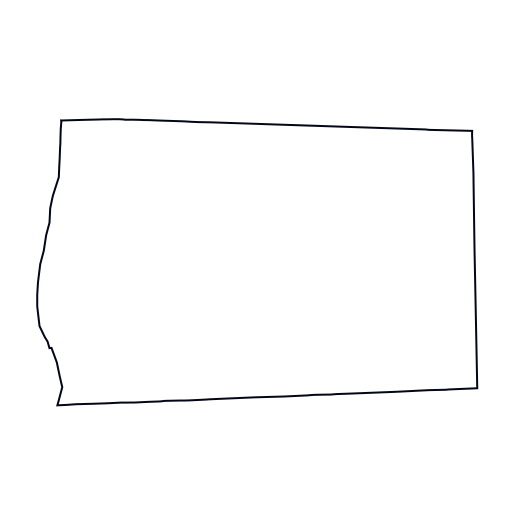 outline of Magdalena Ocotlán, Oaxaca, Mexico, rotated 358°
{"feature_id": "50627088B67117262986487", "entity_name": "Magdalena Ocotlán", "entity_type": "district", "adm_level": 2, "iso_a3": "MEX", "parent_name": "Mexico", "parent_adm1": "Oaxaca", "projection": "albers", "projection_center": [-96.722, 16.709], "detail": "fine", "context": "isolated", "style": "outline", "palette": "ink", "viewbox_px": 512, "rotation_deg": 358, "n_neighbors": 0, "source": "geoboundaries", "source_scale": "gbopen_adm2", "svg_char_len": 1280}
<svg xmlns="http://www.w3.org/2000/svg" viewBox="0 0 512 512"><g transform="rotate(358 256 256)"><path d="M197.6,397.8L202.5,397.7L203.7,397.6L250.2,397.2L279.1,397.4L303.4,397.1L304.0,397.0L309.1,396.8L315.8,396.9L317.6,396.9L325.3,397.1L331.4,396.8L339.2,396.8L345.4,396.8L391.5,396.6L423.8,396.1L441.4,396.3L444.2,396.1L472.5,395.9L474.1,291.6L474.6,257.4L476.0,189.7L476.2,181.1L476.2,145.0L476.1,143.8L476.4,138.5L433.7,136.0L429.3,135.4L424.7,135.1L343.8,129.6L215.0,120.8L203.5,120.2L195.7,119.6L188.7,118.9L166.3,117.4L152.9,116.4L148.4,116.2L143.3,115.8L135.6,115.4L130.4,115.3L128.1,114.9L126.9,114.8L125.2,114.6L123.3,114.5L120.7,114.4L117.7,114.3L110.4,114.2L107.9,114.1L103.4,114.1L84.5,113.9L67.8,113.8L67.1,113.8L66.0,113.7L66.1,115.3L65.3,122.2L64.7,131.1L64.4,136.9L64.0,140.7L63.2,151.8L62.4,160.9L61.7,170.3L57.8,181.1L55.0,189.0L52.0,201.1L50.8,215.4L47.0,227.9L44.1,243.3L40.1,256.5L37.2,274.7L36.0,287.3L35.6,298.7L37.2,318.5L42.1,329.7L44.7,334.2L46.4,340.9L48.4,340.7L53.2,355.3L55.7,369.7L57.8,380.3L54.0,392.9L52.3,398.3L61.9,398.2L66.7,398.0L72.8,397.8L75.5,397.9L79.2,397.9L87.5,398.0L103.2,398.0L115.7,397.8L129.2,398.2L143.8,398.0L155.1,398.0L160.1,397.6L175.0,397.8L182.2,398.0L197.6,397.8Z" fill="none" stroke="#020617" stroke-width="2"/></g></svg>